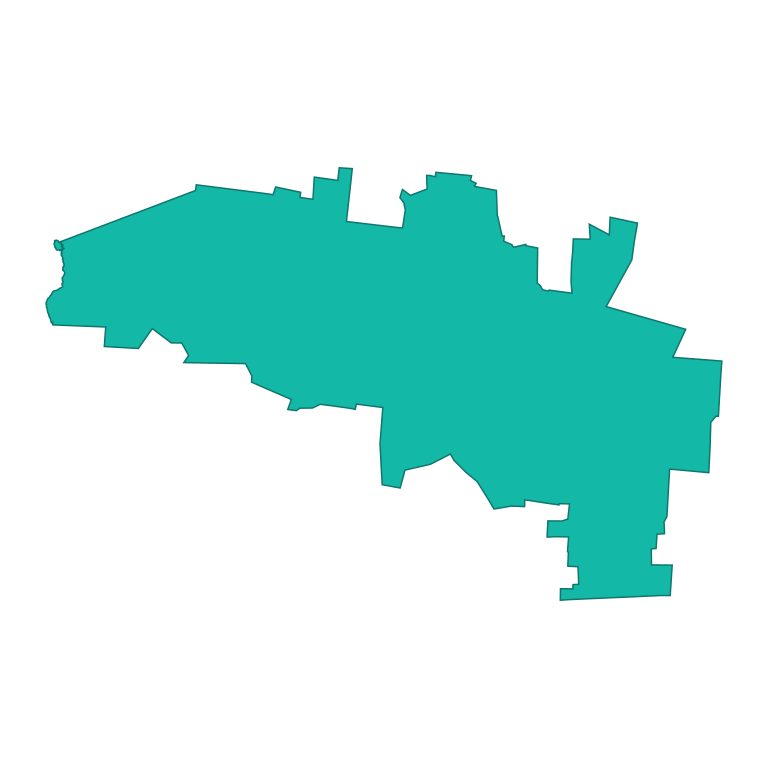 the district of Hecelchakán, Campeche, Mexico
{"feature_id": "50627088B80471800868115", "entity_name": "Hecelchakán", "entity_type": "district", "adm_level": 2, "iso_a3": "MEX", "parent_name": "Mexico", "parent_adm1": "Campeche", "projection": "robinson", "projection_center": [-90.315, 20.094], "detail": "fine", "context": "isolated", "style": "filled", "palette": "teal", "viewbox_px": 768, "rotation_deg": 0, "n_neighbors": 0, "source": "geoboundaries", "source_scale": "gbopen_adm2", "svg_char_len": 5599}
<svg xmlns="http://www.w3.org/2000/svg" viewBox="0 0 768 768"><path d="M60.0,241.9L60.4,242.0L60.8,242.0L60.8,242.3L61.2,243.3L61.4,243.7L61.5,244.1L61.9,244.5L62.2,244.5L62.5,244.7L62.9,244.9L62.7,245.1L62.6,245.6L62.4,246.1L62.4,246.6L63.0,247.5L63.3,248.0L64.0,248.4L63.9,248.5L63.6,248.5L63.3,248.8L63.1,249.2L62.7,249.6L62.5,250.2L62.1,250.5L61.6,250.9L61.2,251.4L61.5,252.1L61.8,252.6L62.0,252.9L61.8,253.0L61.5,253.0L61.3,253.1L61.3,253.4L61.6,253.9L61.5,254.3L61.6,254.7L61.5,254.9L61.2,255.0L61.3,255.2L61.7,255.4L61.8,255.6L61.8,255.8L61.9,256.0L61.9,256.3L62.1,256.5L62.2,256.8L62.5,257.2L62.5,257.6L62.9,258.1L62.7,258.3L62.8,258.6L62.9,259.0L62.8,259.4L62.6,259.4L62.5,259.5L62.7,259.8L63.1,260.4L63.3,260.6L63.2,261.0L63.2,261.3L62.9,261.6L62.9,261.8L63.4,262.4L63.7,262.7L63.7,263.0L63.7,263.3L63.6,263.5L63.7,263.8L63.9,264.0L64.1,264.1L64.2,264.4L64.2,264.5L64.2,264.8L64.0,265.0L64.2,265.3L64.1,265.6L63.9,265.8L63.7,266.2L63.8,266.5L63.3,266.9L63.0,267.1L62.6,267.9L63.0,268.5L63.0,268.9L62.8,269.6L62.7,269.8L62.8,270.1L63.2,270.2L63.5,270.4L63.6,270.8L64.5,271.8L64.6,272.3L64.6,272.9L64.5,273.3L64.5,273.5L64.6,274.1L64.3,274.5L63.9,275.1L63.7,275.9L63.5,276.4L63.1,276.8L62.6,277.1L62.3,277.5L62.3,278.1L62.7,278.6L62.4,279.0L62.3,279.4L62.3,280.1L62.8,281.0L63.0,281.5L63.2,281.9L63.1,282.3L62.9,282.9L62.5,283.0L62.1,283.3L62.0,283.8L62.1,284.4L62.1,284.8L62.4,285.1L62.3,285.6L62.6,285.9L62.6,286.6L62.0,287.4L61.4,287.6L60.8,287.8L60.0,288.3L59.8,288.3L59.1,288.6L59.1,288.9L58.9,289.2L57.9,289.7L57.0,290.2L56.0,290.5L54.6,290.8L54.4,290.8L53.4,291.2L53.0,291.5L52.6,292.1L52.7,292.4L52.3,292.5L52.2,292.7L52.0,293.2L51.8,293.4L51.7,293.8L51.5,294.4L51.2,294.8L50.9,295.0L50.5,295.5L50.3,295.8L50.1,296.0L49.8,296.7L49.7,296.8L49.1,297.5L48.8,297.8L48.2,298.2L48.0,298.7L47.5,299.2L47.4,299.5L47.2,299.9L47.2,300.1L47.2,300.3L47.0,300.8L46.8,301.0L46.7,301.2L46.5,301.4L46.4,301.6L46.2,302.9L46.1,303.5L46.1,304.1L46.3,304.4L46.2,304.5L46.4,304.8L46.4,305.0L46.5,305.4L46.5,306.1L46.4,306.3L46.5,306.7L46.5,307.2L46.6,307.8L46.8,307.9L47.0,308.0L46.9,308.1L47.2,308.4L47.3,309.0L47.2,309.5L47.4,309.8L47.3,310.2L47.4,310.8L47.5,311.0L47.6,311.6L47.7,312.3L48.0,312.9L48.1,313.4L48.3,313.6L48.5,313.8L48.5,314.0L48.6,314.4L49.0,314.6L48.8,314.8L48.7,315.2L49.0,315.9L49.2,316.1L49.3,316.3L49.2,316.9L49.4,317.1L49.7,317.1L49.8,317.2L50.0,317.4L50.0,317.6L50.2,317.8L50.3,318.2L50.2,318.5L50.3,318.9L50.5,319.0L50.5,319.3L50.5,319.6L50.6,319.9L50.9,320.9L51.1,321.9L51.4,322.5L51.5,322.8L51.8,322.9L52.0,322.8L52.0,322.6L52.2,322.8L52.3,322.8L52.5,322.8L52.6,322.6L52.8,322.5L52.8,322.9L52.6,323.2L52.5,323.3L52.6,323.5L52.7,323.9L52.7,324.5L52.7,324.8L52.8,324.9L105.7,327.0L104.3,346.5L138.3,348.5L152.3,328.6L171.2,342.9L181.8,343.0L188.6,355.5L183.8,362.6L207.2,363.0L245.5,363.6L251.9,376.0L251.5,382.2L291.4,399.5L287.7,409.5L296.4,410.6L299.8,408.2L312.5,408.0L320.2,404.3L332.0,405.8L347.9,408.0L349.9,408.3L355.3,409.3L356.3,404.1L382.8,407.5L380.0,444.0L382.2,484.7L400.1,488.0L405.0,470.1L430.5,464.2L450.4,454.0L454.2,460.6L465.9,472.3L477.2,481.6L487.7,498.4L494.0,509.0L511.2,506.1L524.6,506.6L524.7,503.8L524.7,499.8L550.9,503.8L554.2,504.2L559.0,504.9L559.1,503.7L559.7,503.7L569.5,503.9L567.8,519.1L561.9,521.0L547.9,520.9L547.2,534.5L547.1,537.1L555.3,536.7L568.6,536.9L567.5,551.7L568.4,552.1L567.8,566.1L569.4,566.3L578.0,566.7L578.7,584.3L573.0,584.6L572.9,588.9L569.4,588.8L560.5,588.7L560.3,600.2L569.4,599.6L661.2,595.5L670.2,595.6L672.2,565.1L651.5,564.9L651.3,548.9L656.1,548.5L657.0,534.2L664.5,533.7L664.4,528.6L664.0,522.0L666.9,516.7L669.6,469.1L673.2,469.4L696.3,471.5L697.8,471.7L699.6,471.8L708.8,472.7L708.9,469.6L710.1,446.6L710.8,422.3L716.0,416.2L718.4,416.3L721.0,372.1L721.4,367.7L721.5,365.4L721.6,364.2L721.9,361.1L672.8,357.3L685.7,329.3L606.2,306.6L631.8,259.9L634.3,241.6L637.5,223.1L610.1,217.2L609.3,234.9L589.3,224.2L590.2,239.2L573.3,238.9L572.7,251.4L572.7,251.7L571.9,260.0L571.6,261.9L571.0,281.3L572.0,293.2L549.0,290.1L548.2,291.1L542.5,289.7L540.2,285.4L537.3,283.3L537.3,281.5L537.3,280.3L537.3,279.2L537.3,277.9L537.3,277.7L537.3,277.1L537.3,274.1L537.4,273.4L537.4,273.2L537.3,272.5L537.4,270.1L537.5,257.5L537.6,255.3L537.6,251.5L537.6,250.0L537.7,248.0L525.9,245.7L525.8,244.4L513.5,247.3L511.9,244.7L503.7,241.2L504.3,236.0L502.1,236.0L497.7,216.2L497.3,216.1L496.4,190.4L474.9,186.5L474.5,186.0L476.2,183.3L470.4,180.5L471.6,175.7L435.9,172.3L435.4,176.7L429.9,175.5L426.6,175.4L427.1,189.0L410.4,195.4L402.5,189.5L401.7,191.8L399.9,197.6L403.9,202.9L404.0,203.9L405.3,209.9L402.5,228.1L346.4,221.5L349.2,196.8L349.2,196.6L352.3,168.6L339.2,167.8L337.8,180.4L314.3,177.1L313.3,193.2L312.9,199.2L309.8,198.8L300.0,197.4L300.7,192.3L275.6,187.0L273.1,194.7L267.4,193.8L196.3,184.8L195.5,190.5L129.1,215.7L60.0,241.9ZM59.2,242.4L59.0,241.8L58.4,241.1L57.7,240.5L56.7,240.3L56.3,240.2L56.1,240.3L55.6,240.4L55.0,240.4L54.8,240.5L55.2,240.9L55.2,241.1L54.8,241.1L54.6,241.6L54.7,242.2L54.4,242.6L54.5,243.3L54.2,243.7L54.2,244.7L54.4,245.1L54.8,245.8L54.9,246.2L54.9,246.8L55.1,247.1L55.0,247.5L55.3,247.9L55.7,248.1L55.9,248.5L56.1,249.1L56.2,249.5L56.6,249.7L57.0,250.0L57.4,250.2L57.8,250.1L58.3,249.9L59.0,249.9L59.4,250.0L59.6,250.1L59.8,250.4L60.1,250.3L60.3,249.7L60.9,249.5L61.4,249.6L61.9,249.4L62.1,249.0L62.7,248.6L62.9,248.1L62.8,247.6L62.4,247.2L61.9,246.9L61.6,246.9L61.5,246.6L61.4,246.5L61.3,246.3L61.7,245.9L61.9,245.7L62.0,245.2L62.0,244.9L61.6,244.5L61.3,244.4L61.0,244.0L60.9,243.3L60.7,243.0L60.5,242.7L60.0,242.7L59.5,242.7L59.2,242.4Z" fill="#14b8a6" stroke="#0f766e" stroke-width="1.5"/></svg>